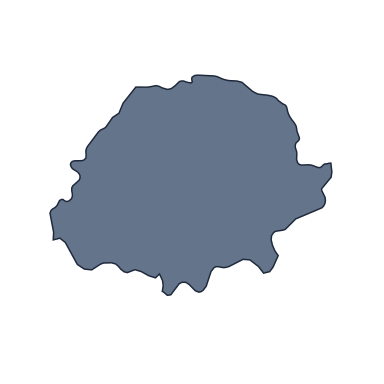 an SVG outline of Creuse, rotated 305°
{"feature_id": "FRA-5284", "entity_name": "Creuse", "entity_type": "Metropolitan department", "adm_level": 1, "iso_a3": "FRA", "parent_name": "France", "parent_adm1": "", "projection": "albers", "projection_center": [2.052, 46.063], "detail": "fine", "context": "isolated", "style": "filled", "palette": "slate", "viewbox_px": 384, "rotation_deg": 305, "n_neighbors": 0, "source": "natural_earth", "source_scale": "10m", "svg_char_len": 2366}
<svg xmlns="http://www.w3.org/2000/svg" viewBox="0 0 384 384"><g transform="rotate(305 192 192)"><path d="M176.8,301.5L171.3,301.3L166.6,297.2L169.1,289.1L169.6,278.4L166.1,272.4L151.9,264.9L149.2,262.5L148.0,261.0L145.9,256.4L144.7,254.6L142.8,253.5L137.8,253.2L122.9,257.7L118.1,257.5L115.7,256.7L113.9,255.1L113.0,251.3L114.6,242.9L114.5,238.9L112.5,235.7L109.5,234.1L95.6,233.6L93.2,231.0L93.8,225.2L93.5,224.7L98.8,222.1L102.6,218.6L106.2,212.4L100.7,211.3L98.6,204.5L97.7,196.0L95.6,189.8L88.9,185.3L87.7,182.2L87.9,178.0L88.9,174.4L89.3,170.9L87.8,166.6L83.1,160.3L80.4,158.4L70.7,154.5L67.1,148.0L66.9,139.6L78.0,117.2L78.4,110.3L73.2,105.8L79.7,101.7L93.2,87.8L96.1,87.1L98.3,87.6L100.8,88.8L103.6,89.2L109.0,88.4L111.0,89.3L111.9,90.7L111.7,92.6L112.2,94.6L113.9,96.3L117.3,97.1L119.8,96.5L121.9,95.0L123.8,93.0L126.3,91.2L128.6,90.8L137.1,92.8L139.5,92.1L141.3,90.7L142.2,89.0L142.7,87.2L142.8,85.2L142.6,83.3L142.5,81.2L143.0,79.1L144.7,76.7L146.5,76.1L148.4,76.4L150.1,77.8L154.4,83.7L156.3,85.2L159.0,85.6L160.9,84.5L165.1,81.3L167.2,80.6L169.3,80.3L187.6,80.9L190.2,81.5L194.3,83.8L195.9,84.2L207.6,84.2L214.6,87.0L222.1,85.3L225.4,84.6L245.7,85.8L252.8,96.0L258.5,101.5L259.7,104.5L260.1,107.6L261.8,112.7L263.4,114.6L265.3,115.9L269.3,117.2L275.2,118.3L277.0,119.8L278.1,121.5L279.0,124.7L279.7,126.5L280.9,128.7L282.3,129.1L284.3,127.0L286.0,126.2L288.9,127.3L291.1,129.8L299.6,143.3L300.9,146.3L302.2,152.7L303.1,155.3L304.4,158.3L308.7,165.2L310.5,170.0L309.2,183.5L309.4,186.1L310.0,189.6L311.1,191.9L314.6,198.3L316.4,202.5L317.0,205.3L317.1,207.5L316.3,210.6L316.4,211.9L316.2,214.7L316.7,219.0L315.6,221.1L312.6,224.4L311.1,226.5L309.8,228.9L308.6,231.9L307.1,236.6L305.8,239.3L304.1,241.2L302.5,242.6L301.2,244.2L298.3,248.4L297.5,249.3L296.7,249.6L295.5,249.8L291.6,249.1L289.7,249.7L287.6,251.2L285.2,254.4L283.1,256.2L278.8,258.9L276.6,261.6L276.1,263.8L276.7,266.0L281.2,272.0L282.3,273.9L283.0,275.9L283.9,279.8L284.6,281.7L285.7,283.1L287.3,283.7L289.0,283.9L290.9,284.5L291.3,284.8L292.4,286.3L294.1,287.7L295.3,289.2L288.6,295.1L283.8,297.5L269.1,296.3L267.8,297.1L264.0,304.0L261.7,306.1L259.1,307.4L256.2,307.9L253.6,307.5L229.5,292.4L214.8,289.8L212.7,288.2L208.5,283.7L207.0,282.6L205.3,282.1L201.9,282.2L198.2,284.3L194.5,288.5L191.3,293.7L189.3,299.1L176.8,301.5Z" fill="#64748b" stroke="#1e293b" stroke-width="1.5"/></g></svg>